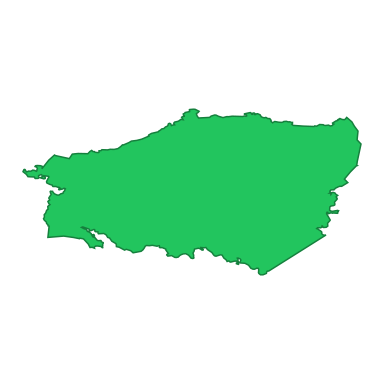 Aulejas pag., Kraslavas, Latvia (Equal Earth projection)
{"feature_id": "27541924B14903693215581", "entity_name": "Aulejas pag.", "entity_type": "district", "adm_level": 2, "iso_a3": "LVA", "parent_name": "Latvia", "parent_adm1": "Kraslavas", "projection": "equal_earth", "projection_center": [27.253, 56.05], "detail": "fine", "context": "isolated", "style": "filled", "palette": "green", "viewbox_px": 384, "rotation_deg": 0, "n_neighbors": 0, "source": "geoboundaries", "source_scale": "gbopen_adm2", "svg_char_len": 5969}
<svg xmlns="http://www.w3.org/2000/svg" viewBox="0 0 384 384"><path d="M169.6,123.3L168.7,123.6L168.2,124.1L168.0,125.4L167.4,126.1L165.4,127.0L163.9,128.5L161.6,129.0L160.5,130.1L158.9,131.0L158.3,131.8L151.5,133.4L148.7,135.0L148.5,135.5L148.9,136.1L141.6,139.2L136.8,140.4L131.4,141.1L128.9,142.6L123.5,144.9L122.4,144.9L120.8,146.5L117.9,148.6L114.2,149.4L110.1,149.3L107.6,149.9L101.9,149.7L101.1,150.6L99.0,150.8L99.0,152.3L98.4,152.6L95.0,152.3L94.5,151.6L93.0,151.6L91.7,150.4L89.9,151.5L87.9,153.7L78.1,153.5L72.3,154.1L69.3,158.6L55.5,155.6L54.5,155.0L48.8,160.1L41.9,168.8L42.4,167.0L42.2,166.3L40.5,165.7L37.3,165.5L35.7,165.7L35.0,166.4L35.2,166.7L36.5,166.9L37.4,168.5L36.9,169.8L36.9,170.8L36.3,171.3L34.9,170.5L32.8,170.1L30.9,171.2L28.5,171.1L26.7,171.9L26.3,171.7L25.1,169.6L24.6,169.4L23.9,169.6L23.8,170.5L23.1,171.1L23.0,171.7L26.4,174.4L28.0,176.7L34.0,177.0L34.6,177.2L34.9,178.2L35.3,178.5L38.1,178.4L39.2,177.6L38.5,176.4L38.6,175.6L41.1,174.6L41.7,174.8L42.5,176.6L40.3,177.8L43.9,178.9L45.2,178.5L45.3,177.8L45.1,177.2L43.6,176.0L43.7,175.7L48.4,176.3L48.8,176.6L48.8,177.1L46.7,181.2L46.5,181.9L46.9,183.0L49.8,184.4L52.2,185.1L52.5,186.0L53.0,186.5L56.0,186.5L57.7,187.2L59.1,187.3L60.4,188.4L60.1,188.7L58.9,188.8L58.7,189.4L59.1,189.8L62.7,189.0L63.9,188.3L65.0,188.5L65.4,188.8L64.8,189.8L64.7,190.7L63.3,192.1L63.0,193.3L61.0,193.7L58.8,195.1L57.1,195.0L54.4,193.8L52.9,192.1L52.6,191.3L51.6,191.4L50.8,191.1L50.2,191.5L50.5,193.1L51.1,193.9L51.1,194.5L48.9,197.8L48.9,198.4L49.6,199.6L49.6,200.2L48.5,200.8L47.9,201.5L48.9,203.7L50.0,204.6L47.8,206.4L48.0,209.3L46.6,210.3L45.7,213.0L44.2,214.7L44.4,217.2L43.5,218.7L44.3,220.2L46.3,222.0L46.6,223.5L48.0,224.9L48.0,225.8L49.1,226.2L47.9,237.4L63.7,236.1L73.7,237.5L79.5,238.7L79.9,238.2L83.5,238.9L88.3,244.1L90.0,247.5L92.1,247.3L94.5,248.2L94.2,247.2L95.1,246.4L95.6,246.1L97.6,246.0L101.0,246.5L102.3,247.7L102.7,247.6L102.3,246.6L102.8,245.9L102.5,244.9L103.2,243.3L103.2,242.6L101.3,241.8L101.1,240.7L100.8,240.5L98.2,240.7L97.2,240.3L95.0,237.7L92.7,236.8L92.5,236.5L92.9,236.1L93.9,236.3L94.5,236.0L94.0,234.7L93.4,234.5L91.7,235.0L91.1,233.5L89.1,232.0L87.4,231.4L86.4,229.4L84.3,228.9L81.5,227.4L82.7,226.9L89.1,229.1L89.5,229.7L89.1,230.5L89.4,230.8L90.8,230.7L93.8,229.5L94.6,229.6L95.0,231.4L95.9,231.8L97.9,231.8L98.1,233.3L98.4,233.8L103.9,233.5L106.2,234.9L107.7,237.4L109.6,238.0L111.8,241.2L115.9,243.6L116.3,244.8L116.4,246.6L119.1,247.2L124.6,250.1L126.3,249.3L130.7,250.7L133.1,252.8L141.1,251.3L143.0,249.8L144.6,247.5L145.0,246.4L146.4,245.5L149.4,245.7L152.3,245.3L157.0,246.2L159.3,245.7L159.7,247.0L159.5,247.4L160.0,247.7L162.2,247.6L165.8,249.1L165.9,250.1L168.4,253.6L166.9,254.4L166.7,254.9L167.8,256.1L171.7,255.6L174.8,257.4L176.4,257.5L178.2,257.1L179.9,255.4L181.4,254.6L183.3,253.9L185.8,253.7L188.6,255.2L191.1,258.2L192.8,258.5L193.7,258.2L193.9,257.8L193.6,256.8L193.7,255.2L193.0,253.1L194.1,251.1L194.5,249.1L198.5,248.2L200.4,248.9L201.8,250.0L202.8,250.1L203.2,249.9L203.2,249.5L201.0,248.2L200.8,247.5L204.0,247.8L205.9,247.5L207.5,249.6L211.9,252.5L213.5,254.8L214.5,255.8L216.0,256.2L220.4,254.8L222.1,255.1L223.8,258.0L226.2,259.9L227.1,261.5L228.8,260.9L229.7,261.8L230.7,262.1L234.7,261.1L236.5,261.1L237.8,262.2L236.4,263.1L236.4,263.7L238.3,264.4L238.5,264.2L237.8,263.5L238.6,262.9L238.1,262.4L238.4,261.7L237.9,260.7L238.0,259.2L237.3,258.2L238.0,258.0L239.4,258.6L240.4,259.1L240.9,260.1L239.8,262.4L239.9,262.9L245.0,263.3L248.6,265.2L250.8,268.2L253.0,269.2L254.6,269.2L256.8,268.2L258.4,268.4L258.7,269.6L258.5,272.7L258.9,273.5L260.5,274.8L263.0,274.8L266.4,273.4L266.7,271.9L267.2,271.2L268.8,271.0L326.0,235.0L324.1,235.2L322.7,234.7L321.6,233.5L321.8,232.4L321.5,231.6L317.9,229.1L316.7,228.6L317.6,227.7L320.8,227.8L321.7,227.2L322.1,225.9L322.5,226.1L323.0,227.3L323.7,227.5L326.2,227.3L327.8,226.1L327.6,223.2L330.1,220.4L330.1,219.8L326.6,213.8L326.6,213.0L327.1,212.2L327.9,212.4L327.9,213.2L328.5,213.7L331.0,212.8L332.5,213.2L333.4,213.0L337.4,213.3L337.8,213.0L337.7,211.8L338.2,211.5L338.1,211.1L338.5,210.8L337.7,210.4L332.4,211.3L330.7,211.0L329.6,210.2L329.8,207.0L331.0,206.0L333.5,205.6L334.7,205.0L334.9,204.1L334.5,202.7L334.6,202.0L336.7,199.7L336.6,199.2L337.2,198.9L337.0,198.1L336.3,197.3L336.2,196.6L337.7,195.4L335.8,194.2L335.0,193.0L333.1,192.4L332.0,192.6L330.9,194.5L330.5,193.1L329.6,193.1L330.6,192.4L329.9,191.7L330.0,190.9L331.1,189.9L334.0,189.8L334.2,189.3L334.9,188.9L335.5,188.2L338.1,186.9L339.6,186.3L341.7,186.3L347.8,182.6L344.4,179.1L350.3,172.0L356.4,165.8L357.1,165.6L356.7,165.4L357.3,161.3L361.0,144.0L357.1,139.9L358.0,131.1L354.3,126.1L351.9,121.9L346.7,117.4L345.3,119.1L344.3,119.7L341.9,119.4L339.9,118.5L338.2,119.5L338.6,119.7L336.9,120.8L336.0,120.9L332.5,123.1L332.8,123.7L333.8,124.1L332.7,124.9L332.4,125.5L330.4,126.0L328.5,125.1L325.4,125.5L323.8,125.2L323.2,124.7L319.7,124.5L316.6,126.2L314.7,125.9L314.1,126.5L303.2,126.1L293.2,125.4L291.8,124.3L292.5,123.5L292.5,122.4L291.7,122.5L289.9,121.8L288.3,121.9L286.3,121.3L283.8,121.5L282.7,122.2L281.5,122.4L278.7,122.2L274.7,121.5L272.6,122.8L271.0,121.4L271.1,120.3L269.8,118.6L267.7,118.5L265.9,117.4L264.2,117.8L262.9,117.5L261.3,116.8L260.1,114.8L257.6,113.7L256.3,113.9L255.8,114.5L254.8,114.6L254.4,114.4L255.0,113.6L254.2,113.0L253.3,113.0L252.1,113.5L252.3,114.3L251.8,114.3L250.7,112.6L250.0,112.6L244.5,113.8L244.5,114.3L245.8,114.5L246.6,115.1L246.7,115.9L246.1,116.3L244.3,116.0L242.8,116.5L232.1,116.2L228.5,116.7L226.8,116.6L223.0,117.6L218.5,116.3L216.0,115.1L214.6,115.0L211.1,116.1L209.6,117.4L198.5,118.0L196.9,115.5L196.4,113.6L198.1,112.5L199.1,111.3L195.1,109.3L193.4,109.2L189.7,109.5L189.3,109.9L189.7,111.2L189.6,111.6L185.1,112.5L184.6,113.4L183.3,113.9L183.4,115.0L184.3,115.8L184.3,116.3L182.2,116.8L181.6,117.3L183.1,119.7L180.9,119.4L178.4,121.2L174.6,122.1L173.7,123.2L174.6,124.8L173.3,124.9L171.4,125.6L170.7,123.8L169.6,123.3Z" fill="#22c55e" stroke="#15803d" stroke-width="1.5"/></svg>